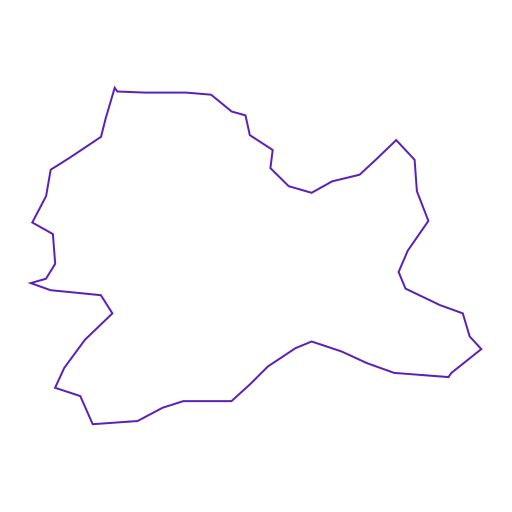 Hörby, Skåne, Sweden (Natural Earth projection)
{"feature_id": "70781695B77585109803763", "entity_name": "Hörby", "entity_type": "district", "adm_level": 2, "iso_a3": "SWE", "parent_name": "Sweden", "parent_adm1": "Skåne", "projection": "natural_earth1", "projection_center": [13.763, 55.867], "detail": "fine", "context": "isolated", "style": "outline", "palette": "violet", "viewbox_px": 512, "rotation_deg": 0, "n_neighbors": 0, "source": "geoboundaries", "source_scale": "gbopen_adm2", "svg_char_len": 803}
<svg xmlns="http://www.w3.org/2000/svg" viewBox="0 0 512 512"><path d="M114.7,87.8L105.6,118.7L101.0,136.8L69.0,158.2L50.7,169.7L46.1,196.1L32.3,222.5L52.9,234.1L55.2,263.8L46.0,278.7L30.7,283.1L50.6,290.2L100.9,295.2L112.4,313.4L84.9,339.8L64.2,368.0L55.1,387.8L80.3,396.1L92.7,424.2L137.5,421.0L162.7,407.7L183.4,401.1L231.5,401.1L249.8,384.5L268.1,366.3L295.6,348.1L311.6,341.5L341.4,351.4L366.6,363.0L394.1,372.9L448.5,377.1L451.4,372.9L481.3,349.1L469.7,336.5L462.8,313.4L439.9,305.1L405.5,288.6L398.6,272.0L407.8,250.6L428.4,220.9L416.9,191.2L414.6,159.8L396.2,140.1L375.7,159.8L359.6,174.7L332.2,181.3L311.6,192.8L288.7,186.2L270.4,168.1L272.7,150.0L249.8,135.1L245.5,115.4L231.6,111.5L211.1,94.7L186.2,92.6L145.2,92.6L117.4,91.5L114.7,87.8Z" fill="none" stroke="#5b21b6" stroke-width="2"/></svg>